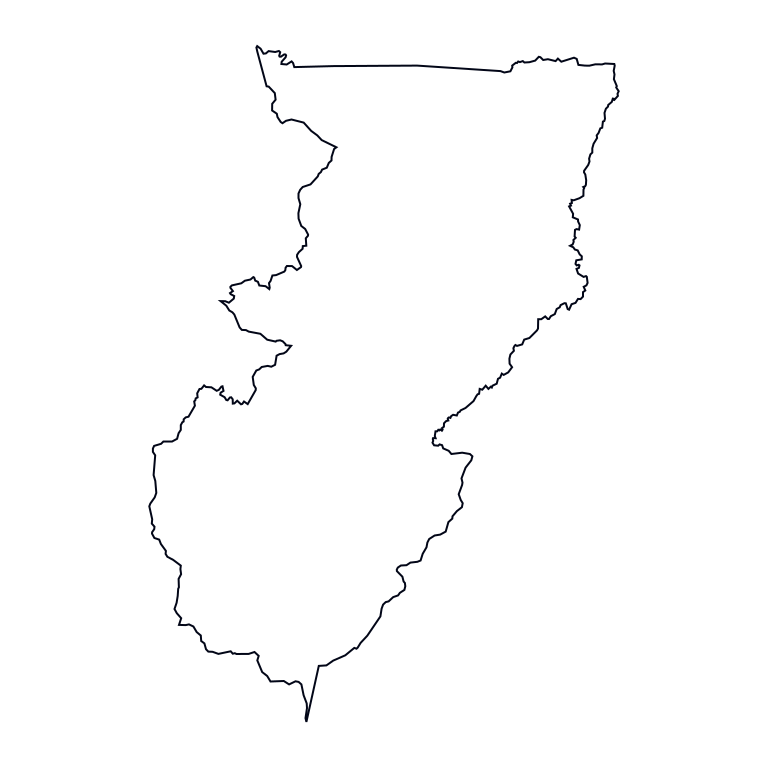 Tiquiso, Bolívar, Colombia
{"feature_id": "7082276B69446027092984", "entity_name": "Tiquiso", "entity_type": "district", "adm_level": 2, "iso_a3": "COL", "parent_name": "Colombia", "parent_adm1": "Bolívar", "projection": "natural_earth1", "projection_center": [-74.278, 8.471], "detail": "fine", "context": "isolated", "style": "outline", "palette": "ink", "viewbox_px": 768, "rotation_deg": 0, "n_neighbors": 0, "source": "geoboundaries", "source_scale": "gbopen_adm2", "svg_char_len": 6057}
<svg xmlns="http://www.w3.org/2000/svg" viewBox="0 0 768 768"><path d="M155.2,455.3L153.6,475.1L155.3,481.0L156.3,492.9L154.7,497.4L150.3,503.6L149.3,506.3L152.2,519.3L151.8,523.6L154.5,526.7L154.2,529.2L152.1,532.2L152.0,533.6L154.4,538.0L159.2,539.6L160.9,544.0L165.9,550.9L165.6,553.9L167.4,556.8L173.2,559.9L180.8,565.6L180.4,569.1L181.1,574.2L178.6,578.9L178.9,587.3L178.2,588.8L177.7,596.0L176.6,602.8L174.5,609.0L176.8,613.2L181.2,618.2L179.0,624.9L185.7,625.1L189.0,624.4L193.4,626.5L196.7,632.1L200.8,635.5L201.2,641.0L204.4,643.4L206.0,649.2L208.3,651.6L212.6,651.8L218.4,653.9L230.7,651.3L232.8,653.7L234.8,653.2L236.5,654.0L248.7,653.9L254.5,652.0L258.7,655.9L257.3,660.4L262.2,672.1L267.2,676.0L270.5,681.5L283.8,681.0L289.1,684.4L295.5,681.3L298.6,681.9L301.4,684.4L303.6,695.2L306.7,703.4L307.0,708.1L305.5,718.1L306.4,721.9L318.8,665.9L326.4,665.4L333.2,660.6L345.3,655.3L354.3,647.9L356.5,648.7L357.7,647.6L360.6,642.9L367.3,635.7L380.4,616.4L381.6,608.7L383.1,604.6L385.7,602.1L388.6,601.4L393.2,597.1L398.1,595.4L399.9,592.8L404.4,589.9L405.3,586.2L404.9,583.0L403.6,581.5L402.4,576.7L396.9,571.1L396.8,569.6L397.8,567.6L400.9,565.5L406.5,565.2L410.4,562.6L417.4,561.8L420.6,560.5L422.7,553.8L426.5,547.3L427.4,542.5L429.2,539.0L434.6,535.5L440.2,534.6L445.7,531.6L448.4,522.1L452.3,518.6L452.5,516.3L456.9,511.1L461.9,507.2L462.7,503.2L460.7,499.9L458.7,494.2L462.1,485.0L462.5,482.6L461.5,478.4L465.6,467.6L471.3,460.3L472.4,456.3L469.9,454.0L462.2,452.7L451.4,454.0L448.7,450.8L443.2,448.4L442.1,445.2L439.6,444.4L438.2,445.7L434.1,445.3L432.5,442.7L433.2,440.9L432.8,439.0L433.1,438.1L435.6,438.2L434.8,436.1L435.5,431.3L437.2,431.3L438.3,429.8L439.3,430.4L440.2,429.5L441.9,430.7L442.6,429.6L442.0,428.1L443.9,426.7L444.0,423.3L446.1,421.1L448.3,420.5L447.7,418.8L448.2,417.9L449.0,417.4L450.4,417.9L451.2,416.1L453.1,414.8L456.8,415.5L458.0,412.6L459.8,411.8L460.6,410.4L465.5,408.0L473.5,401.1L476.3,396.1L477.6,394.3L479.1,393.8L479.7,388.9L482.3,389.7L485.7,385.7L488.4,388.9L490.8,386.7L491.8,387.5L492.5,385.7L496.7,383.7L498.0,378.8L500.1,377.7L501.8,373.6L503.7,374.9L508.2,372.4L512.1,367.2L509.6,363.7L509.4,358.7L510.4,354.5L513.9,350.8L513.4,348.2L514.4,346.1L515.4,345.0L517.0,345.9L522.2,344.4L524.2,339.6L529.4,338.0L537.0,330.4L538.0,328.6L538.2,319.2L541.3,319.2L545.2,316.4L547.8,319.0L549.0,319.0L550.8,316.2L554.8,314.1L556.7,309.0L559.7,307.3L560.6,305.1L564.4,303.2L565.8,303.3L567.7,309.1L569.1,309.7L571.6,304.2L575.5,302.9L578.0,298.9L580.6,299.1L583.0,296.6L583.0,292.1L585.3,290.5L583.7,286.8L586.4,285.4L587.6,282.9L586.8,276.8L586.0,276.1L583.6,276.9L578.1,273.5L576.5,268.9L578.9,267.9L579.5,265.4L578.7,264.8L576.7,265.4L575.5,263.9L576.3,260.3L581.7,259.4L581.8,256.3L579.7,254.4L577.7,250.4L574.8,249.5L573.3,247.3L570.1,245.8L572.7,244.4L573.7,241.8L573.4,240.0L575.7,237.8L574.6,236.5L575.0,229.9L576.5,229.1L579.1,229.6L579.8,225.1L578.1,221.5L578.0,219.5L572.8,217.3L573.1,213.8L569.1,206.4L571.0,205.6L570.1,203.7L571.9,203.0L571.6,199.9L573.7,200.3L579.5,198.2L583.4,195.8L583.5,189.6L584.2,188.0L583.3,187.0L585.2,186.2L585.9,184.8L586.2,180.3L585.3,174.5L584.0,172.3L584.1,170.8L588.2,165.0L589.5,161.5L589.1,158.7L590.4,154.4L592.3,152.6L592.3,148.3L593.6,143.7L597.1,138.0L596.7,135.4L598.6,132.9L600.3,128.4L602.2,127.7L602.9,121.6L604.3,121.0L605.0,118.7L604.5,112.9L605.9,108.7L608.0,106.6L608.2,105.0L611.8,101.9L612.8,98.6L613.9,98.8L613.6,99.8L614.2,100.0L617.9,95.9L617.5,93.8L618.7,91.2L616.2,87.5L616.8,86.1L613.9,79.2L614.5,74.4L613.7,70.9L614.7,65.6L614.3,64.0L605.1,63.5L602.1,64.4L595.4,64.3L589.3,65.7L584.9,65.6L578.4,64.9L576.7,58.9L574.0,57.7L561.3,61.7L557.9,58.6L555.6,61.1L547.9,59.2L543.2,60.0L540.4,57.2L538.8,56.8L535.2,60.6L529.4,62.2L524.4,62.5L522.8,61.1L519.9,62.1L518.2,61.5L517.0,63.0L515.8,62.8L512.2,65.6L512.4,67.4L510.4,71.3L504.3,72.5L500.5,71.1L417.1,65.6L333.1,66.1L294.3,67.1L293.1,63.1L291.6,61.4L286.7,64.5L281.4,64.0L281.7,61.7L285.6,57.3L286.1,55.3L285.5,54.5L284.2,54.4L280.9,56.7L279.6,56.6L279.2,55.8L280.2,52.2L278.9,51.0L275.2,52.0L268.6,51.1L265.9,53.4L263.5,53.7L260.6,48.7L257.2,46.1L256.4,47.5L257.3,51.6L266.6,86.3L268.7,86.6L274.8,93.1L275.6,99.7L272.2,103.8L272.1,110.5L276.8,113.7L277.5,117.1L280.7,122.0L282.5,123.2L286.0,120.8L291.5,119.5L303.7,122.6L311.2,130.9L317.3,135.4L321.7,140.1L336.4,147.3L334.1,149.0L331.6,156.9L331.5,160.5L328.8,162.9L326.8,167.7L322.1,169.6L320.9,172.1L318.7,173.9L317.8,176.4L310.5,184.4L302.7,187.0L300.2,189.8L298.5,193.5L298.5,198.1L300.3,204.2L298.4,213.2L298.6,218.7L301.3,226.0L305.2,229.0L308.1,234.6L308.0,235.7L305.8,238.3L306.3,245.7L302.8,246.1L302.6,248.8L298.9,252.1L297.1,254.8L297.0,256.9L301.2,266.1L301.0,267.1L296.9,270.0L292.1,266.1L286.9,266.0L285.6,267.7L285.3,270.2L284.3,271.6L276.1,275.1L272.4,275.5L270.6,280.9L269.0,283.1L269.7,287.7L269.3,289.1L265.6,286.2L259.3,285.5L257.9,281.8L255.2,280.6L254.2,277.6L253.3,277.1L250.5,279.5L244.9,280.7L241.3,283.3L231.9,285.4L230.4,286.8L230.4,287.8L232.9,291.1L230.0,293.1L230.7,294.2L234.2,296.0L233.8,298.6L228.9,302.7L225.2,301.2L220.6,301.1L226.3,305.7L229.3,310.5L232.4,312.3L234.3,314.5L239.6,327.4L241.8,329.9L246.0,330.1L248.7,331.6L260.4,333.8L267.2,339.7L275.7,341.6L276.5,340.8L280.1,340.3L282.7,341.3L285.5,344.1L285.7,345.2L291.1,345.8L286.3,351.7L283.6,353.4L279.6,354.1L276.6,355.7L275.1,364.8L271.3,366.7L267.7,365.9L261.7,367.0L259.2,369.4L256.3,370.5L252.7,376.9L253.8,385.0L255.8,388.3L255.7,390.1L247.7,404.1L244.0,401.5L242.3,403.9L241.0,404.3L237.2,400.7L234.4,403.4L232.8,403.6L232.7,399.3L231.2,397.3L229.9,397.5L227.6,400.3L226.3,400.0L224.6,397.2L220.2,394.7L220.6,392.7L223.5,390.9L222.5,386.3L221.4,386.6L218.8,389.9L216.7,390.8L211.4,387.3L206.0,387.0L204.1,385.4L201.4,388.8L199.5,389.0L197.2,393.3L197.6,397.4L195.7,398.4L195.3,400.3L194.2,401.4L194.9,405.7L188.5,416.7L185.7,417.4L183.7,419.3L183.6,421.5L182.3,422.3L180.8,425.1L180.8,429.9L178.6,433.2L177.1,438.8L172.1,441.5L163.4,441.5L161.1,443.8L154.1,445.9L152.9,448.6L152.9,451.9L155.2,455.3Z" fill="none" stroke="#020617" stroke-width="2"/></svg>